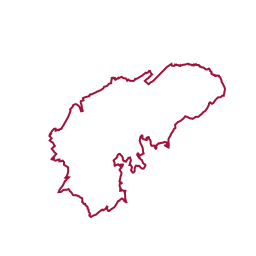 the district of Huedin, Salaj, Romania, rotated 124°
{"feature_id": "2599482B73354521931704", "entity_name": "Huedin", "entity_type": "district", "adm_level": 2, "iso_a3": "ROU", "parent_name": "Romania", "parent_adm1": "Salaj", "projection": "robinson", "projection_center": [23.004, 46.877], "detail": "fine", "context": "isolated", "style": "outline", "palette": "rose", "viewbox_px": 256, "rotation_deg": 124, "n_neighbors": 0, "source": "geoboundaries", "source_scale": "gbopen_adm2", "svg_char_len": 5806}
<svg xmlns="http://www.w3.org/2000/svg" viewBox="0 0 256 256"><g transform="rotate(124 128 128)"><path d="M169.6,188.5L170.2,188.9L173.1,189.3L176.5,189.2L176.2,188.6L178.5,188.7L179.3,185.5L182.1,186.0L182.3,183.7L182.1,182.2L183.5,179.6L183.7,178.7L184.0,178.5L185.2,179.1L187.9,179.6L189.2,175.5L189.6,172.9L196.5,174.0L196.5,173.4L195.9,173.0L195.9,172.3L194.9,172.3L195.8,171.7L195.8,170.2L195.0,169.3L193.1,168.2L192.5,167.1L194.0,166.3L192.6,164.5L191.7,164.1L191.6,163.8L191.9,162.5L192.5,161.6L194.3,160.6L194.1,155.5L195.2,154.9L197.1,153.5L199.7,152.4L202.6,151.9L204.3,152.1L203.9,151.0L202.4,150.9L201.9,149.4L204.6,150.1L207.5,150.3L207.6,150.6L211.7,149.9L217.4,150.2L219.9,149.7L218.6,148.0L218.1,147.6L215.7,147.0L214.2,145.5L213.5,144.2L211.9,143.1L211.9,142.7L212.3,142.1L212.5,141.3L212.9,140.7L213.0,139.1L214.3,136.2L214.1,135.3L212.9,133.8L212.9,133.4L212.3,132.5L212.4,131.4L212.1,131.1L212.0,130.4L212.3,128.8L211.8,127.2L212.1,126.9L212.2,126.4L212.6,126.0L214.9,124.7L214.8,123.5L215.4,123.0L215.3,122.8L215.6,122.3L215.4,121.8L215.4,121.4L214.9,121.0L215.9,119.7L215.9,118.0L216.3,117.5L216.3,117.1L216.6,116.7L217.5,116.4L217.6,115.2L219.4,113.8L219.8,112.5L220.5,111.6L221.5,111.0L221.9,111.3L222.3,110.8L222.3,110.2L222.5,109.8L222.4,108.9L220.5,108.1L217.5,106.0L214.4,105.3L210.0,103.7L209.8,103.4L210.1,102.6L207.6,101.4L204.9,101.5L204.9,101.0L206.0,100.8L207.0,99.7L207.8,98.1L207.3,97.2L205.6,96.8L201.2,95.0L195.9,95.1L194.4,95.4L193.4,94.7L191.4,94.3L190.0,93.7L189.7,93.4L189.7,92.8L189.8,91.9L190.3,91.2L190.3,90.7L190.6,90.2L190.6,88.0L190.4,87.9L190.1,88.6L187.6,91.2L185.4,92.7L184.1,94.0L182.0,94.9L182.7,95.3L182.1,95.8L182.6,96.2L182.7,98.1L183.0,98.4L184.0,98.7L183.9,99.1L184.2,99.4L182.5,99.8L182.4,100.0L182.8,100.4L181.8,101.0L180.8,102.6L178.7,103.6L177.7,102.5L177.2,102.4L176.9,103.1L177.3,104.4L177.0,105.3L175.4,105.7L172.0,107.2L170.0,107.6L168.5,108.6L168.2,109.9L167.3,111.7L164.8,111.3L164.2,112.7L163.4,111.4L162.4,111.3L161.2,111.8L161.9,113.0L163.8,114.7L163.5,115.6L163.6,115.8L166.7,117.9L165.8,118.8L164.6,119.4L162.9,121.8L158.2,120.6L157.5,121.2L155.8,121.4L154.6,121.0L154.1,120.5L154.1,119.8L154.6,119.0L154.5,117.9L155.5,115.7L156.8,114.9L157.2,114.4L157.7,113.1L157.7,112.5L157.2,112.3L157.1,110.9L154.7,111.0L152.8,110.7L152.5,110.9L151.3,109.8L153.3,107.4L155.0,107.1L156.6,106.3L157.8,106.1L157.2,105.1L158.3,102.7L161.4,101.8L162.2,99.6L162.2,98.8L161.9,98.5L159.8,98.4L159.1,99.1L157.3,100.0L156.0,100.3L154.7,100.3L154.4,99.9L154.1,98.6L153.1,97.6L153.8,95.1L153.8,93.8L153.4,92.8L152.9,92.4L150.3,92.4L149.2,92.6L149.0,92.9L148.7,93.4L148.9,94.2L148.7,95.9L146.8,98.5L146.9,100.0L146.5,101.4L146.2,101.6L146.4,102.1L145.7,102.4L145.6,103.0L146.0,103.1L146.1,103.5L145.2,104.9L145.1,105.4L143.8,105.8L143.4,105.3L143.9,104.1L144.7,103.1L140.4,100.8L139.4,102.2L136.7,104.3L135.5,105.8L133.7,109.1L131.9,111.3L128.4,112.7L127.4,112.6L126.4,112.3L126.2,112.0L126.6,111.4L128.4,110.5L128.5,110.2L128.6,109.0L127.6,105.9L127.1,105.6L125.8,107.1L124.3,106.2L124.0,105.8L124.0,105.3L124.8,104.8L125.3,104.2L125.6,102.8L126.7,101.4L128.4,100.5L129.6,98.5L129.4,98.0L128.8,97.7L127.7,96.1L128.8,95.3L128.9,94.7L129.6,93.9L129.7,93.5L129.3,93.2L128.2,93.4L127.4,94.3L126.2,94.6L123.6,94.1L123.4,93.9L123.3,93.2L122.2,92.6L120.5,90.6L119.4,90.2L119.0,89.7L118.8,88.7L118.3,88.1L119.0,87.1L119.1,86.6L120.3,86.2L120.6,86.3L121.5,87.5L121.8,87.5L121.7,84.4L121.5,83.5L119.3,84.7L115.2,87.9L113.6,88.5L110.3,88.5L110.0,88.8L108.3,89.0L105.0,88.9L103.4,89.4L101.5,88.7L98.8,90.8L97.2,90.3L95.2,90.0L93.9,89.1L92.8,88.5L88.9,87.3L86.2,87.1L85.6,84.6L85.4,82.0L84.5,80.7L84.5,79.8L83.1,78.9L81.1,78.3L79.4,76.0L74.5,74.6L73.2,74.6L70.7,73.5L67.2,73.4L63.6,73.9L62.4,74.5L61.0,74.5L60.8,74.3L60.8,73.4L61.0,73.1L61.0,72.1L60.8,71.8L59.3,71.2L56.0,71.2L52.2,70.5L50.9,68.6L50.1,68.2L48.7,68.0L48.2,67.6L47.7,66.7L46.7,67.3L45.8,67.5L41.5,69.4L40.0,71.1L39.6,72.1L38.5,73.7L37.5,76.1L36.2,77.2L34.4,80.1L34.3,81.2L34.1,81.4L34.3,81.6L34.0,81.8L34.2,82.0L34.1,82.6L34.7,83.6L35.8,84.1L35.9,84.6L35.7,84.9L35.9,85.0L35.8,85.3L36.0,85.5L35.8,86.0L36.1,86.4L35.9,86.9L36.2,87.2L36.5,88.7L35.9,89.3L35.9,89.7L34.9,90.0L34.7,91.1L34.8,91.8L34.3,92.2L33.5,93.7L33.8,94.5L34.8,94.6L36.1,96.5L35.8,97.1L35.8,98.3L35.6,99.2L36.4,100.6L36.4,101.1L37.0,102.9L36.9,103.3L36.5,103.4L36.6,103.8L36.2,104.5L37.5,106.5L37.0,107.1L37.1,107.3L37.7,107.8L38.7,108.1L38.5,108.4L38.8,108.6L38.7,108.8L39.4,108.8L39.4,109.2L39.8,109.4L39.8,110.0L40.3,110.2L40.2,111.2L41.3,113.2L40.9,113.7L41.0,114.0L44.2,116.8L44.8,117.8L45.9,118.4L46.2,119.0L47.0,119.3L46.8,119.7L47.2,119.7L47.8,120.1L47.9,120.3L47.6,120.9L47.9,121.5L47.9,121.9L48.4,122.6L48.3,123.3L49.3,123.8L49.2,124.4L50.0,124.3L50.8,124.6L51.8,126.5L50.6,127.8L55.8,129.9L74.4,133.3L75.8,133.8L77.7,134.8L80.2,135.4L79.6,140.4L76.5,139.7L75.4,139.0L73.6,138.9L73.1,138.5L72.4,138.5L70.1,138.0L69.7,139.8L68.5,141.6L68.9,141.9L68.9,142.4L70.6,142.5L72.2,143.3L72.2,144.2L76.4,145.5L80.3,147.3L82.6,148.5L83.3,149.6L84.4,149.2L86.2,150.0L86.3,150.5L86.9,151.2L87.2,152.1L87.8,152.6L87.7,154.9L89.2,155.1L88.1,157.6L89.1,159.1L89.2,162.0L92.1,163.6L91.8,164.1L95.0,165.3L95.1,166.0L93.9,166.9L94.9,167.9L94.5,168.3L95.6,169.4L98.8,167.9L100.3,167.0L101.9,168.5L105.0,169.0L107.3,170.9L109.0,170.6L111.4,171.6L114.4,173.3L114.8,173.9L116.5,174.6L119.2,176.3L120.0,176.5L121.3,178.2L122.7,177.9L123.0,178.3L123.5,178.1L126.1,180.5L128.5,182.1L129.9,180.4L132.2,182.1L133.3,181.5L135.3,179.0L137.4,177.2L139.1,175.1L140.2,175.8L140.4,176.2L137.5,180.1L137.1,183.3L137.6,185.0L139.6,186.2L141.6,185.8L145.0,186.4L145.9,185.2L152.2,183.8L161.7,183.0L164.3,183.0L165.9,182.7L166.5,183.6L168.2,183.9L168.9,184.6L168.6,185.0L170.7,186.5L169.0,187.6L169.6,188.5Z" fill="none" stroke="#9f1239" stroke-width="2"/></g></svg>